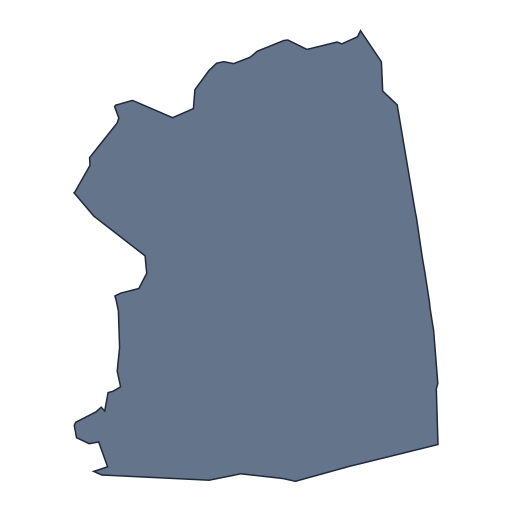 outline of Nassau, New York, United States of America
{"feature_id": "52423323B42354579566723", "entity_name": "Nassau", "entity_type": "district", "adm_level": 2, "iso_a3": "USA", "parent_name": "United States of America", "parent_adm1": "New York", "projection": "natural_earth1", "projection_center": [-73.625, 40.752], "detail": "fine", "context": "isolated", "style": "filled", "palette": "slate", "viewbox_px": 512, "rotation_deg": 0, "n_neighbors": 0, "source": "geoboundaries", "source_scale": "gbopen_adm2", "svg_char_len": 1003}
<svg xmlns="http://www.w3.org/2000/svg" viewBox="0 0 512 512"><path d="M93.7,471.4L101.8,475.0L209.1,480.2L240.8,473.8L279.2,478.1L283.8,478.7L295.4,481.3L349.9,466.2L373.6,460.4L438.0,444.5L436.3,389.0L437.8,383.5L433.6,330.2L433.3,328.6L430.1,308.4L429.4,301.5L429.0,299.2L428.2,294.1L425.0,273.1L422.3,257.4L416.4,217.4L415.3,212.1L397.2,104.9L382.7,91.1L381.4,61.8L360.5,30.7L357.5,36.8L341.7,43.9L337.2,42.0L306.9,49.4L287.8,40.0L283.8,40.5L257.3,51.2L250.2,57.2L233.7,63.6L223.8,61.7L216.6,63.2L208.9,70.6L194.9,89.7L193.4,108.6L177.8,115.4L172.6,117.7L132.5,100.4L115.8,105.1L114.6,106.6L118.8,118.0L117.1,123.1L89.6,157.6L90.0,165.4L74.9,192.0L74.0,192.8L93.9,216.2L145.1,255.9L146.2,268.2L146.8,273.2L138.8,288.5L120.8,293.1L114.9,296.0L116.1,299.9L118.4,311.1L119.6,347.5L117.2,371.1L120.6,386.8L112.9,391.3L108.1,392.6L104.7,411.0L101.2,407.2L96.2,411.7L75.7,422.3L74.3,425.3L76.5,437.7L89.1,443.7L98.7,442.0L107.6,466.8L93.7,471.4Z" fill="#64748b" stroke="#1e293b" stroke-width="1.5"/></svg>